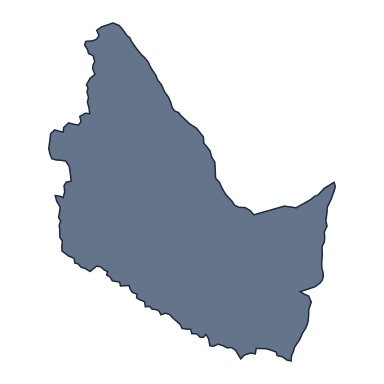 Colorado, Paraná, Brazil (Mercator projection)
{"feature_id": "56859067B48104016999409", "entity_name": "Colorado", "entity_type": "district", "adm_level": 2, "iso_a3": "BRA", "parent_name": "Brazil", "parent_adm1": "Paraná", "projection": "mercator", "projection_center": [-51.974, -22.817], "detail": "fine", "context": "isolated", "style": "filled", "palette": "slate", "viewbox_px": 384, "rotation_deg": 0, "n_neighbors": 0, "source": "geoboundaries", "source_scale": "gbopen_adm2", "svg_char_len": 2597}
<svg xmlns="http://www.w3.org/2000/svg" viewBox="0 0 384 384"><path d="M214.8,162.1L211.8,157.4L210.1,151.1L206.8,146.6L203.8,143.2L203.4,136.9L196.6,128.3L189.6,123.8L185.5,119.9L180.7,115.4L178.5,112.5L174.5,110.9L172.2,107.5L170.6,102.0L168.3,96.9L164.5,91.7L161.4,84.6L157.6,79.9L156.1,75.7L152.8,70.8L150.2,66.6L148.1,61.8L144.1,57.1L141.6,54.9L136.5,48.6L131.6,41.6L129.9,37.9L127.1,35.6L121.6,28.1L118.9,25.3L113.0,23.0L101.7,26.8L96.7,30.3L99.0,35.6L96.4,39.3L92.6,40.8L85.7,41.4L84.7,45.0L87.7,50.0L88.5,53.6L93.1,55.6L94.7,61.7L93.0,65.3L92.7,68.9L94.9,74.4L90.1,78.2L86.4,84.9L88.1,87.8L86.9,91.7L88.5,97.5L87.4,102.2L89.1,108.4L89.6,113.7L85.3,113.2L79.8,116.4L81.0,121.6L78.5,125.1L74.5,124.4L68.5,122.9L63.7,127.5L63.1,132.2L54.6,129.9L50.6,133.9L49.6,142.6L48.7,148.6L49.9,153.7L51.8,158.7L56.3,160.0L60.1,160.2L65.7,161.0L69.3,166.6L70.5,175.0L71.2,181.2L66.3,182.0L64.0,185.6L64.7,191.8L63.2,197.5L60.0,196.3L55.2,195.6L56.8,201.5L60.2,207.0L59.3,213.5L58.5,217.4L60.7,220.9L59.2,225.4L59.7,229.4L59.9,237.3L62.3,240.9L61.8,247.2L62.0,251.0L65.5,253.7L68.7,256.1L74.0,258.2L74.9,263.1L78.1,263.9L81.2,267.3L84.9,268.4L90.1,271.5L96.6,266.1L100.8,266.9L104.1,269.9L107.5,271.6L106.6,275.1L110.0,276.9L112.3,280.8L119.6,282.1L120.5,286.0L125.6,285.7L129.0,285.5L130.3,289.4L132.4,292.4L137.1,294.2L136.5,297.8L139.3,299.5L144.6,301.8L145.3,306.7L149.7,306.5L152.1,309.2L156.3,309.6L159.1,311.1L161.0,314.8L165.4,313.2L169.9,314.7L172.4,317.7L176.4,321.1L180.1,324.4L182.1,328.5L185.9,329.0L190.7,329.3L191.8,333.7L196.8,333.8L200.1,337.3L203.6,337.3L205.9,334.4L208.3,338.2L209.2,341.6L209.8,345.8L213.6,346.2L218.0,344.1L223.2,345.8L227.3,347.9L231.4,347.5L235.3,350.0L238.1,354.5L240.8,358.9L244.1,355.3L247.8,353.9L251.2,353.0L255.3,353.9L256.2,348.5L262.5,348.6L266.7,348.8L273.1,350.9L276.1,352.0L277.2,355.7L282.5,356.8L286.8,360.0L291.1,361.0L291.5,356.0L293.6,350.8L294.6,347.1L299.7,339.7L302.5,333.1L305.5,328.5L307.0,325.0L308.1,321.3L308.6,315.7L308.8,309.4L311.3,302.1L308.7,296.1L304.0,294.0L300.2,291.6L308.8,288.8L314.9,286.8L320.0,283.1L322.4,280.0L323.3,276.4L323.1,272.9L321.9,268.1L321.7,263.1L322.3,254.9L322.1,249.8L322.4,245.5L324.3,242.3L324.7,237.1L324.3,231.9L327.1,226.1L325.9,221.0L327.0,212.4L327.3,207.2L331.3,198.9L332.7,194.9L334.1,191.2L335.3,186.5L334.1,182.3L324.5,188.1L317.9,195.1L314.6,196.3L310.6,199.6L296.1,207.8L284.4,206.1L253.8,214.8L250.5,210.8L245.2,207.6L238.8,207.3L234.5,205.1L231.9,201.1L225.8,194.5L223.5,190.7L221.8,187.6L219.4,182.3L215.6,178.2L215.1,166.6L214.8,162.1Z" fill="#64748b" stroke="#1e293b" stroke-width="1.5"/></svg>